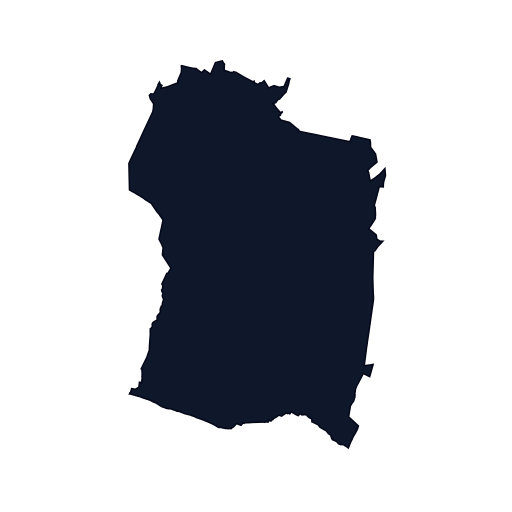 outline of Skultes pag., Limbaži, Latvia, rotated 293°
{"feature_id": "27541924B61161973080375", "entity_name": "Skultes pag.", "entity_type": "district", "adm_level": 2, "iso_a3": "LVA", "parent_name": "Latvia", "parent_adm1": "Limbaži", "projection": "natural_earth1", "projection_center": [24.474, 57.372], "detail": "fine", "context": "isolated", "style": "filled", "palette": "ink", "viewbox_px": 512, "rotation_deg": 293, "n_neighbors": 0, "source": "geoboundaries", "source_scale": "gbopen_adm2", "svg_char_len": 5860}
<svg xmlns="http://www.w3.org/2000/svg" viewBox="0 0 512 512"><g transform="rotate(293 256 256)"><path d="M160.4,402.6L164.8,402.1L167.5,401.2L167.9,400.6L168.8,400.3L168.9,400.5L169.2,400.5L171.9,399.7L174.9,399.4L180.3,399.9L189.8,400.7L189.3,407.8L202.0,406.2L199.8,402.9L199.7,402.5L197.3,398.5L215.9,393.3L218.4,392.7L220.8,392.0L231.2,389.3L261.8,381.2L264.6,380.0L267.2,378.6L281.6,372.0L305.0,362.8L306.8,362.5L307.2,363.4L312.4,364.5L319.2,367.0L318.2,364.5L318.3,363.4L318.7,361.0L318.6,360.7L322.0,358.7L322.4,358.4L325.2,349.1L331.4,350.3L333.4,350.6L333.8,350.7L337.2,351.2L339.3,350.3L340.5,350.0L347.3,346.7L348.7,345.1L356.4,344.1L359.5,343.6L368.0,342.4L369.3,346.2L372.1,345.1L373.3,344.8L374.5,344.5L380.6,343.8L386.9,340.5L379.3,337.8L379.3,337.7L374.3,334.9L369.6,331.9L376.9,327.0L378.5,325.4L382.3,326.9L389.7,330.7L396.6,326.2L400.9,319.0L405.5,316.9L407.5,315.5L407.3,315.1L407.1,313.4L405.3,303.7L405.4,303.3L405.3,303.1L404.3,297.9L404.1,297.5L398.0,297.7L397.6,296.2L387.7,247.3L387.7,247.1L388.9,245.8L388.7,245.7L392.1,234.7L390.9,225.8L392.0,223.9L392.3,223.1L392.5,223.0L393.1,222.3L393.4,222.1L393.8,222.2L394.6,223.1L395.5,223.5L396.1,223.2L396.8,223.1L397.0,223.1L397.0,223.3L397.6,223.7L398.4,223.9L398.8,224.0L399.0,223.8L397.4,222.3L397.9,221.7L400.4,216.5L402.4,213.4L403.0,212.2L404.9,214.3L408.2,214.9L409.8,216.4L416.4,218.6L418.5,219.6L427.1,218.8L430.4,218.1L432.4,218.0L432.2,215.6L423.0,215.6L420.4,211.4L419.9,206.1L415.8,202.0L416.6,200.7L420.6,195.0L417.7,193.6L417.1,193.4L417.1,192.1L414.7,190.8L414.9,186.5L416.2,186.0L415.2,185.0L415.9,176.1L416.0,176.0L416.0,175.7L416.0,174.7L416.2,173.7L417.1,166.8L417.3,166.1L416.9,163.5L416.3,163.6L414.7,160.0L415.0,159.0L414.5,154.2L418.4,152.6L420.3,152.1L420.9,150.8L422.5,148.7L420.1,145.6L418.2,143.1L405.6,143.1L407.2,135.8L405.9,135.3L403.5,134.1L405.0,127.9L405.2,127.6L404.1,124.4L402.9,117.9L402.2,113.2L401.6,112.9L400.1,114.0L395.7,115.5L386.7,115.5L385.9,115.8L385.4,116.2L385.1,116.5L377.1,108.3L375.3,105.8L372.9,102.8L376.3,102.8L376.5,101.0L378.3,99.2L375.3,98.8L374.6,99.5L373.8,99.0L372.7,99.1L366.7,98.8L365.1,98.4L364.5,97.0L364.3,95.9L362.3,95.0L359.4,97.3L356.1,102.3L351.2,104.0L348.4,104.6L326.2,103.8L318.1,103.6L317.7,103.6L310.8,103.3L310.4,103.4L310.4,103.5L296.0,102.9L291.6,102.8L267.4,113.7L266.9,117.6L267.0,117.7L265.3,129.8L264.6,132.1L263.5,139.3L262.8,140.1L257.4,148.5L257.2,149.5L252.8,156.4L233.6,160.1L230.5,163.9L227.4,167.2L220.4,169.4L211.6,182.4L205.7,181.7L205.2,180.7L193.4,180.3L192.2,181.9L191.1,182.1L189.7,182.7L189.2,182.7L187.9,182.3L186.2,183.6L185.5,185.1L183.6,185.1L182.6,185.3L180.3,187.5L179.8,187.9L175.9,188.3L175.3,188.6L174.9,188.6L174.7,188.9L174.4,189.1L173.9,188.9L173.2,189.2L173.0,188.7L172.8,188.6L172.7,188.4L172.5,188.5L172.1,188.5L171.8,188.7L171.3,188.5L171.0,188.5L170.4,188.4L170.2,188.6L169.4,188.9L169.0,188.8L168.9,188.9L168.5,189.0L168.4,189.3L166.8,189.8L166.3,189.7L165.6,189.8L165.5,189.7L164.7,189.7L164.4,189.3L164.3,189.0L161.8,188.5L158.5,189.9L157.9,189.7L156.7,188.6L156.2,188.1L154.5,187.1L152.7,187.0L151.8,187.5L151.6,187.8L150.9,188.0L149.2,187.9L148.4,187.6L147.8,187.1L144.7,188.3L142.9,189.2L131.5,193.1L127.6,194.6L124.4,194.8L121.2,195.0L120.3,195.1L107.3,194.4L107.4,195.1L102.5,197.5L102.4,197.5L102.3,197.8L101.5,197.8L101.2,198.0L100.8,198.0L100.2,198.3L100.0,198.5L99.3,198.7L99.0,199.0L98.6,199.1L98.2,199.3L97.8,199.2L95.5,200.1L95.3,199.9L95.2,200.0L95.0,200.3L94.9,200.3L94.7,200.4L94.3,198.0L89.4,199.5L89.2,199.3L86.1,196.8L85.4,193.3L81.0,193.9L80.9,193.4L79.6,193.4L79.8,193.8L80.0,195.5L80.1,195.9L80.1,196.7L80.2,196.9L80.3,197.8L80.4,198.1L80.6,200.1L80.7,200.5L80.9,201.4L80.9,201.7L80.7,201.9L81.0,202.7L81.2,205.4L81.2,206.3L81.3,208.8L81.5,209.6L81.5,211.3L81.8,212.4L81.7,213.1L81.7,213.8L81.9,214.7L81.6,217.1L81.6,217.9L81.5,218.6L81.5,219.1L81.6,219.3L81.6,219.6L81.6,221.1L81.3,223.2L81.3,223.6L80.8,225.9L80.6,227.8L80.5,228.7L80.6,229.6L80.7,231.3L80.8,233.3L81.0,234.3L81.4,235.6L81.7,236.3L82.1,237.7L82.1,238.7L82.1,239.6L82.3,241.9L82.3,242.9L82.2,243.6L82.6,245.0L82.7,245.6L83.0,246.5L82.9,247.6L83.0,248.7L82.9,249.3L83.1,250.9L83.0,251.7L83.5,255.0L83.5,255.3L83.7,256.1L84.0,257.7L83.9,258.2L83.9,258.8L84.1,260.4L84.0,260.8L84.2,261.7L84.0,264.8L84.1,265.6L84.2,267.0L84.3,267.8L84.4,269.9L84.5,273.0L84.4,273.9L84.5,275.3L84.5,278.1L84.5,278.6L84.4,280.4L84.4,282.9L84.2,283.6L84.2,284.5L84.2,285.0L83.9,285.6L83.8,287.0L83.6,287.7L83.6,288.6L83.7,289.0L84.3,290.3L84.7,291.7L84.8,293.0L85.2,294.2L85.2,295.1L85.4,295.6L85.8,296.3L86.1,297.8L86.9,299.3L87.6,300.9L88.6,300.9L89.6,302.0L94.1,303.6L94.3,308.4L97.2,309.2L97.3,310.5L97.9,310.6L99.6,314.2L100.5,316.1L100.8,316.5L105.7,327.0L106.2,328.1L106.1,328.6L107.1,329.9L107.8,331.9L108.0,331.9L108.0,332.1L109.9,332.2L109.8,334.2L111.9,334.9L111.9,335.4L113.2,335.7L113.3,335.8L116.4,338.1L118.1,339.0L118.2,339.3L118.4,339.5L118.5,339.7L118.6,342.1L119.4,342.7L120.4,343.2L120.7,343.5L123.1,345.0L123.3,345.2L123.3,345.8L123.2,346.5L124.2,348.1L123.9,348.8L126.3,349.4L125.7,353.8L125.5,356.7L125.7,357.5L128.0,357.7L127.7,360.0L127.6,360.3L128.6,362.2L129.0,362.1L129.3,363.1L129.1,363.6L129.4,364.1L129.4,365.4L128.8,365.7L128.3,366.9L127.8,369.6L128.1,371.0L125.2,372.2L125.3,373.1L125.1,375.4L124.9,379.0L123.4,381.7L123.2,383.0L122.5,389.0L120.8,392.0L120.3,394.9L119.3,395.5L117.3,397.3L116.9,398.0L116.7,398.8L116.8,399.4L116.7,402.9L116.3,403.5L115.4,405.4L115.4,407.4L115.5,407.4L115.7,407.9L116.5,410.8L116.4,411.3L116.1,411.9L116.0,413.1L115.7,414.6L115.6,414.8L115.3,416.0L117.2,416.0L117.6,415.9L122.8,415.9L124.6,416.1L127.1,416.0L132.0,416.7L135.9,417.0L139.6,416.7L143.4,406.2L144.0,404.2L150.6,402.5L152.3,402.2L152.8,401.9L153.2,401.9L154.7,401.5L155.2,401.6L155.5,401.6L158.5,402.0L160.4,402.6Z" fill="#0f172a" stroke="#020617" stroke-width="1.5"/></g></svg>